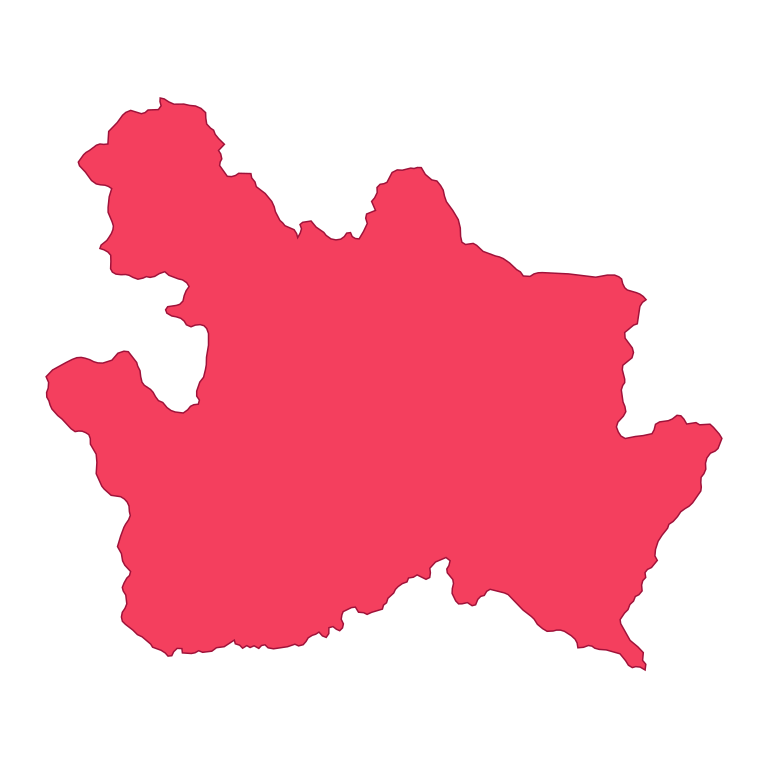 the district of Salinas, Minas Gerais, Brazil
{"feature_id": "56859067B75317988286341", "entity_name": "Salinas", "entity_type": "district", "adm_level": 2, "iso_a3": "BRA", "parent_name": "Brazil", "parent_adm1": "Minas Gerais", "projection": "mercator", "projection_center": [-42.165, -16.086], "detail": "fine", "context": "isolated", "style": "filled", "palette": "rose", "viewbox_px": 768, "rotation_deg": 0, "n_neighbors": 0, "source": "geoboundaries", "source_scale": "gbopen_adm2", "svg_char_len": 6089}
<svg xmlns="http://www.w3.org/2000/svg" viewBox="0 0 768 768"><path d="M692.6,502.8L700.8,491.0L701.3,487.1L700.8,482.6L701.1,477.3L703.9,473.7L705.8,469.2L705.5,463.1L706.9,457.9L710.4,453.2L715.1,451.1L718.0,448.5L721.9,438.4L719.3,434.1L713.5,427.4L710.0,424.2L699.6,424.8L696.0,422.6L686.7,424.0L683.9,419.1L680.9,415.8L677.0,415.3L672.3,419.0L668.3,420.7L659.6,421.9L655.5,424.3L654.1,429.9L652.0,433.7L643.1,435.6L635.3,436.5L625.2,438.5L620.9,436.0L618.3,432.0L616.4,426.9L617.9,422.1L623.4,416.1L625.8,411.7L624.9,406.5L623.0,401.9L621.3,389.9L622.7,385.5L624.7,382.6L624.7,379.2L622.3,369.7L622.8,365.3L632.0,357.8L633.5,352.5L632.3,347.9L625.1,338.2L624.7,332.5L633.6,325.1L637.3,323.8L639.9,306.4L642.4,302.4L646.1,299.7L643.3,296.5L639.9,294.1L636.5,292.7L627.3,290.0L624.7,287.7L622.7,283.7L621.6,279.0L618.9,276.8L614.7,275.1L607.2,275.1L595.7,277.2L568.6,273.9L542.3,272.6L538.1,272.8L534.0,273.9L530.1,276.4L523.3,276.0L520.4,271.9L516.6,269.6L509.5,262.9L503.3,258.6L499.3,256.9L495.5,256.0L483.1,251.4L476.6,245.3L473.2,243.4L465.5,244.5L461.9,242.2L460.6,236.4L460.3,228.0L458.3,219.7L452.8,210.5L446.4,201.7L444.5,196.2L443.2,190.1L440.6,185.6L436.9,181.0L431.8,179.9L425.3,174.4L421.3,167.6L417.4,167.5L414.1,168.5L410.7,168.1L402.3,170.2L397.2,169.9L392.1,172.5L387.0,182.3L383.9,183.7L380.1,184.3L377.0,187.5L377.2,192.6L374.6,197.9L371.6,201.4L375.5,210.4L366.6,214.0L365.7,218.2L367.3,223.5L363.5,231.5L359.1,238.9L355.3,238.5L352.2,236.6L350.5,232.6L346.7,233.1L344.3,236.6L340.7,239.2L335.9,239.9L331.0,238.9L326.1,235.4L323.8,232.4L316.1,227.1L311.1,221.0L302.7,222.3L300.0,224.5L301.5,228.8L300.2,233.1L297.7,237.6L296.6,233.6L294.1,229.7L284.9,225.7L282.7,222.9L279.9,220.4L275.4,211.7L274.2,206.8L271.8,201.5L265.2,193.5L256.3,186.7L255.0,182.0L251.7,177.9L250.9,173.6L238.7,173.3L235.5,175.5L231.6,176.6L227.3,176.3L219.6,165.5L220.2,161.9L221.8,158.9L220.7,153.9L218.5,150.5L224.4,144.3L218.6,138.6L215.2,134.4L213.6,130.2L210.5,128.1L206.7,124.0L205.8,118.1L205.6,112.6L201.0,108.4L195.5,106.0L189.6,105.4L183.9,104.1L174.0,104.2L168.8,101.9L164.2,98.9L160.2,98.0L160.0,101.6L161.1,105.8L158.4,109.6L148.0,110.0L145.1,112.6L141.4,113.7L130.7,110.4L125.8,112.4L122.6,115.2L117.2,122.6L108.7,131.4L107.9,144.0L103.7,144.4L99.9,144.0L96.4,145.2L89.4,150.5L86.1,152.4L83.6,154.7L78.3,162.1L79.5,165.8L85.4,172.1L91.5,180.5L96.2,183.9L100.4,184.8L105.0,185.2L108.4,186.4L111.7,188.6L109.2,196.8L108.1,207.3L108.1,212.3L112.1,221.8L113.4,226.0L112.9,229.7L111.4,233.5L108.9,237.5L106.8,240.5L101.1,245.1L99.9,248.5L104.0,249.8L107.9,252.0L110.7,255.2L110.9,261.3L110.6,268.8L112.4,272.1L115.9,274.1L121.0,274.7L125.7,274.5L129.1,275.3L133.0,277.4L137.9,279.2L143.0,278.1L146.3,276.6L150.1,277.4L154.7,276.4L159.3,273.6L164.8,271.7L168.9,275.3L178.4,278.9L182.4,279.8L186.7,282.7L189.1,286.5L186.1,290.8L184.2,295.6L183.0,301.0L179.8,304.3L176.4,305.4L167.7,306.7L165.6,309.8L166.9,313.2L171.8,316.0L176.2,316.8L180.8,318.3L184.2,321.1L186.4,324.8L191.0,326.8L195.3,325.1L200.2,324.6L204.0,325.7L206.7,328.5L208.5,333.5L208.5,345.2L206.5,357.2L206.3,364.8L205.4,369.8L203.6,377.2L199.8,382.1L196.7,391.1L196.7,396.1L199.4,400.1L198.3,404.2L193.8,404.7L190.5,406.3L187.7,409.8L183.3,413.0L175.2,412.0L171.0,410.5L167.0,407.6L162.8,402.5L158.4,400.6L155.5,396.7L153.1,392.3L150.5,389.4L144.3,385.3L142.0,382.2L140.7,376.7L140.0,370.7L137.7,366.1L136.7,362.5L128.3,351.7L123.9,351.2L117.9,353.2L111.9,360.2L102.8,363.1L97.8,362.9L93.7,361.7L89.8,359.7L85.1,358.2L81.2,357.4L76.8,357.7L72.3,359.4L66.1,362.5L52.6,369.9L46.1,376.7L48.6,382.4L48.2,388.1L46.6,392.5L46.8,397.1L48.9,400.8L50.1,405.0L51.9,409.0L57.7,415.5L62.1,419.1L71.1,428.8L75.1,431.6L78.7,431.0L82.2,431.2L85.6,432.6L88.8,434.6L90.3,438.5L90.4,444.2L96.2,454.2L96.9,462.5L96.2,473.7L101.8,486.1L104.0,488.9L111.1,495.3L120.7,496.7L124.4,499.0L127.2,502.1L129.0,506.0L129.4,511.7L130.3,515.5L128.6,519.8L125.6,524.2L123.9,527.4L120.6,536.3L117.5,546.6L121.4,553.6L122.6,560.9L124.8,565.2L130.6,571.5L129.5,575.5L126.8,578.1L124.1,582.9L122.3,587.4L123.2,590.9L125.8,595.1L126.8,603.9L125.0,608.3L122.3,612.3L121.4,617.0L122.4,621.3L125.4,624.3L132.9,630.1L137.4,634.6L142.1,636.8L150.7,644.1L152.6,647.2L161.1,650.3L165.3,653.0L168.0,656.1L171.8,655.7L173.7,651.7L177.1,648.4L181.9,648.6L182.4,652.9L191.3,653.5L195.0,652.8L198.7,650.7L202.6,652.3L211.8,651.2L216.5,647.7L224.2,646.7L234.3,640.1L235.3,643.8L239.7,645.2L242.6,648.2L246.8,645.6L250.1,647.5L254.1,645.8L258.8,648.4L261.5,645.5L265.0,644.8L268.1,647.8L273.5,648.8L287.6,646.7L294.9,644.2L298.6,645.9L303.2,644.7L306.0,641.5L308.2,637.8L312.3,635.3L315.7,634.2L319.0,632.1L322.4,635.9L326.2,637.4L328.8,633.6L328.9,627.7L333.0,626.6L336.3,629.2L339.7,630.7L342.5,627.9L343.4,623.9L341.2,619.2L341.9,614.8L343.2,611.6L351.4,607.6L355.4,607.1L358.5,612.2L363.7,612.7L367.1,614.4L371.7,612.3L382.4,609.1L383.5,605.1L386.5,602.8L387.9,598.3L393.7,593.0L395.4,589.4L398.1,586.6L402.3,583.6L407.0,581.9L408.5,578.0L413.4,577.2L417.1,574.9L426.0,579.3L429.7,577.5L430.4,572.8L429.8,568.3L435.5,562.0L446.0,557.5L450.1,560.7L448.9,565.6L446.8,569.0L447.3,572.8L452.8,579.5L453.5,583.6L452.3,588.6L452.1,593.4L455.7,600.9L458.6,603.9L462.1,603.8L467.4,602.6L472.1,605.7L475.6,604.8L477.8,599.4L480.7,596.4L484.3,595.4L486.7,591.3L490.1,589.3L504.4,592.9L508.2,594.6L523.0,610.0L531.4,616.5L534.2,619.2L537.4,624.3L542.7,628.7L547.1,631.3L553.2,631.0L556.5,630.1L560.4,630.1L564.4,631.3L571.3,635.7L575.1,639.2L577.1,642.9L577.9,647.8L583.5,647.3L588.3,645.5L591.9,646.1L594.8,648.2L599.2,649.4L606.3,649.9L620.0,653.8L625.6,660.7L628.4,665.2L632.3,667.6L635.7,666.6L640.2,667.1L645.1,670.0L645.8,664.3L642.6,660.4L643.3,652.6L637.9,646.9L630.1,640.4L620.7,623.7L620.1,619.6L624.5,613.1L628.0,609.6L629.9,604.5L633.5,601.1L635.3,596.5L638.9,594.7L642.1,590.9L641.6,585.0L642.8,580.6L645.7,577.5L645.0,572.6L647.5,569.4L651.5,567.5L657.3,560.4L654.9,555.9L655.5,549.4L658.1,541.3L662.1,535.1L667.6,528.2L668.9,524.3L673.2,521.4L677.5,516.6L680.7,511.8L684.9,508.7L689.2,506.1L692.6,502.8Z" fill="#f43f5e" stroke="#9f1239" stroke-width="1.5"/></svg>